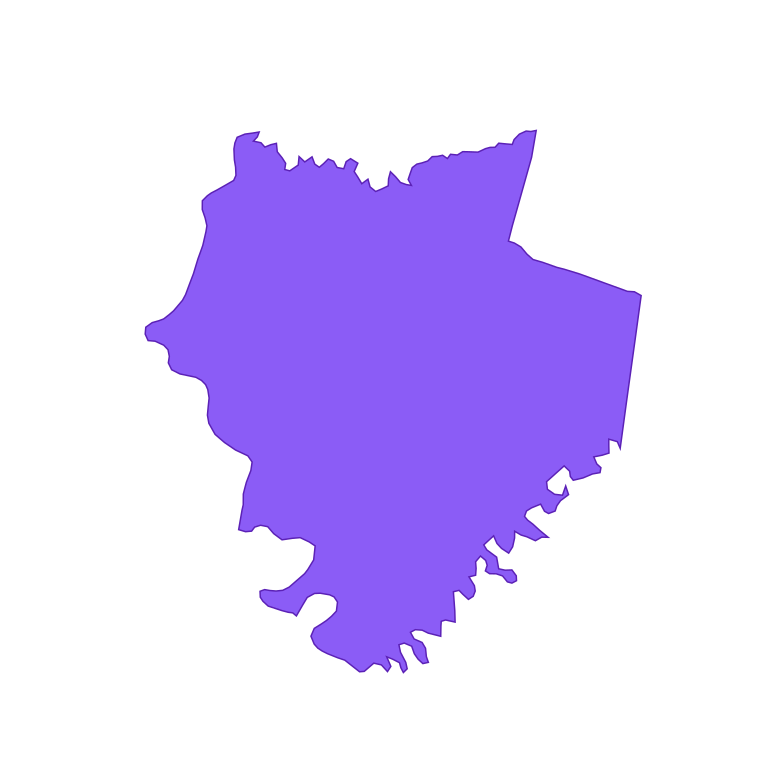 Ubiratã, Paraná, Brazil (Mercator projection), rotated 15°
{"feature_id": "56859067B31755349623241", "entity_name": "Ubiratã", "entity_type": "district", "adm_level": 2, "iso_a3": "BRA", "parent_name": "Brazil", "parent_adm1": "Paraná", "projection": "mercator", "projection_center": [-53.022, -24.51], "detail": "fine", "context": "isolated", "style": "filled", "palette": "violet", "viewbox_px": 768, "rotation_deg": 15, "n_neighbors": 0, "source": "geoboundaries", "source_scale": "gbopen_adm2", "svg_char_len": 3781}
<svg xmlns="http://www.w3.org/2000/svg" viewBox="0 0 768 768"><g transform="rotate(15 384 384)"><path d="M294.2,560.4L296.1,555.7L301.3,552.4L308.6,551.9L316.2,557.1L325.8,560.9L335.3,556.8L342.8,554.1L352.6,555.9L359.4,558.2L361.6,572.1L358.4,583.0L356.4,587.8L345.0,604.7L339.6,609.5L333.3,611.9L327.3,613.0L321.9,613.5L317.9,616.3L319.7,622.0L323.3,625.2L329.6,628.5L343.9,629.3L350.5,629.3L355.1,628.7L359.4,630.7L362.6,618.7L365.1,610.0L371.1,604.3L376.5,602.6L386.1,601.7L390.9,602.6L395.5,606.6L396.8,615.7L393.4,622.0L389.6,627.4L385.6,632.0L379.9,638.1L378.7,646.5L383.9,653.3L388.5,656.3L393.3,657.9L399.1,659.1L409.9,660.4L417.6,660.9L434.9,668.3L439.3,666.7L446.4,656.3L454.2,656.0L461.8,660.9L463.7,655.0L457.2,646.8L463.7,647.6L471.1,649.2L473.8,653.8L477.4,657.7L480.1,653.1L477.1,647.3L469.4,638.9L465.9,632.0L470.6,629.0L478.6,630.1L483.1,636.7L488.2,641.0L493.9,644.0L498.9,641.4L495.5,636.4L492.5,628.5L487.7,623.8L479.1,622.5L473.8,617.0L477.8,613.2L484.6,611.9L491.2,613.2L504.1,613.0L501.7,603.4L500.7,598.4L504.6,596.0L514.3,595.6L511.1,584.8L504.8,566.7L509.9,563.9L514.6,566.7L521.3,570.2L525.1,566.0L525.7,560.4L523.5,555.4L516.0,548.3L522.0,545.0L520.7,538.3L518.5,532.0L521.7,525.2L527.9,528.1L530.6,532.4L530.3,538.3L535.1,539.9L541.5,538.3L548.2,538.7L554.4,543.2L559.1,543.2L562.9,539.7L561.4,535.0L555.7,530.5L549.2,532.5L542.6,532.8L537.6,522.1L526.2,517.6L522.0,513.6L525.4,508.2L529.2,502.3L534.4,508.8L540.1,512.4L548.2,515.1L550.4,508.0L550.0,499.0L548.3,492.4L555.5,494.4L561.6,494.6L570.8,496.2L576.0,491.1L582.2,489.6L572.3,485.1L564.2,480.9L557.9,478.3L554.0,475.5L554.5,469.8L558.6,465.4L566.4,459.5L572.0,465.4L576.5,466.5L582.2,462.4L582.5,456.9L584.7,451.0L590.9,443.1L585.9,435.5L585.2,445.2L577.3,446.4L569.1,443.4L566.3,436.3L574.3,424.0L579.2,416.5L585.9,420.2L587.9,425.1L591.7,428.0L600.6,423.2L608.7,416.9L615.6,413.7L615.2,408.7L610.2,406.1L605.5,400.1L613.2,396.3L619.2,392.5L617.2,385.7L615.4,379.1L624.3,379.3L628.8,385.0L622.6,336.5L614.9,274.8L609.5,232.0L602.0,230.1L595.1,231.5L544.7,227.1L528.2,226.5L520.8,226.6L505.6,225.4L495.7,225.2L488.5,221.6L480.8,216.2L473.4,214.1L467.2,213.8L467.0,197.7L467.2,183.5L467.9,126.9L465.4,99.7L460.5,102.1L455.8,102.9L450.1,107.6L446.4,114.2L445.9,119.4L439.3,120.6L432.5,121.7L430.0,126.6L425.2,128.0L421.1,130.4L414.8,135.7L405.7,137.8L399.9,139.2L395.6,143.8L388.8,144.9L386.9,149.8L381.4,147.9L376.7,150.3L371.7,151.9L368.5,157.3L363.3,160.7L358.8,163.1L355.3,167.7L354.8,173.8L354.4,180.2L359.1,185.1L353.9,185.6L347.7,185.1L341.5,180.8L335.3,177.3L335.3,184.6L336.8,191.5L331.1,196.4L326.1,200.2L319.5,197.2L315.5,190.3L310.7,196.3L304.8,190.6L300.2,186.5L301.6,177.5L293.4,175.0L289.9,179.0L289.4,186.5L282.7,187.0L277.7,181.9L271.9,181.1L268.6,186.8L265.4,191.4L260.2,189.5L255.7,183.2L250.0,190.0L243.1,186.3L244.5,194.7L237.8,202.5L232.6,202.5L231.9,196.3L227.2,192.0L220.8,187.3L217.8,179.4L212.8,182.1L207.6,186.0L202.7,182.8L195.0,183.2L197.7,178.1L198.2,172.9L192.0,175.7L185.0,178.6L178.3,183.7L177.6,189.8L178.2,195.8L181.5,206.3L184.5,212.9L187.0,220.8L186.1,226.3L178.8,233.6L172.4,239.9L167.7,244.2L164.7,247.8L161.1,254.0L163.3,262.5L168.2,269.8L172.0,277.0L172.6,283.1L173.1,297.0L172.6,303.3L171.9,311.5L171.4,326.8L170.4,336.5L169.2,349.0L167.7,355.3L161.8,367.8L158.4,372.8L154.3,378.2L150.1,381.2L144.2,384.7L139.2,390.8L140.4,397.6L144.9,403.1L151.8,401.9L161.2,403.5L166.5,406.8L169.5,412.9L170.2,419.4L175.2,425.2L184.3,427.1L200.5,426.2L206.8,427.8L211.9,430.8L215.2,434.9L218.7,442.8L220.0,451.0L221.5,459.8L225.0,467.3L233.9,476.4L245.1,481.8L257.7,486.2L271.1,488.6L276.8,493.5L277.8,502.0L276.5,514.5L276.5,520.5L276.6,526.7L279.3,537.1L279.5,542.5L281.3,562.3L288.5,562.5L294.2,560.4Z" fill="#8b5cf6" stroke="#5b21b6" stroke-width="1.5"/></g></svg>